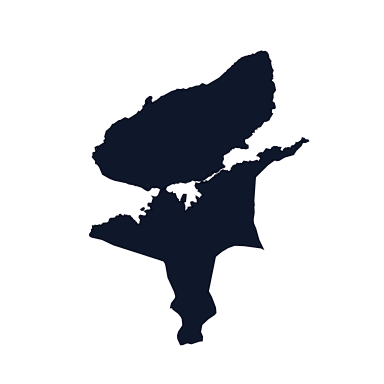 the district of Samosir, Sumatera Utara, Indonesia, rotated 281°
{"feature_id": "22746128B81816662901100", "entity_name": "Samosir", "entity_type": "district", "adm_level": 2, "iso_a3": "IDN", "parent_name": "Indonesia", "parent_adm1": "Sumatera Utara", "projection": "albers", "projection_center": [98.751, 2.555], "detail": "fine", "context": "isolated", "style": "filled", "palette": "ink", "viewbox_px": 384, "rotation_deg": 281, "n_neighbors": 0, "source": "geoboundaries", "source_scale": "gbopen_adm2", "svg_char_len": 6119}
<svg xmlns="http://www.w3.org/2000/svg" viewBox="0 0 384 384"><g transform="rotate(281 192 192)"><path d="M187.3,142.0L186.0,144.7L186.6,145.4L185.6,145.8L184.9,148.4L186.2,150.1L188.6,151.2L189.4,152.8L189.1,154.1L189.9,155.8L189.9,158.3L188.6,161.4L189.7,163.0L190.6,165.5L192.7,165.9L196.9,171.3L196.8,173.0L198.1,174.2L198.1,176.4L198.6,177.2L199.4,177.3L199.8,178.3L199.8,184.2L200.6,184.6L201.5,187.1L202.5,187.5L202.3,188.5L203.4,189.1L204.2,190.5L203.7,193.0L204.5,194.1L204.3,196.6L204.8,198.2L205.6,198.3L206.1,201.1L210.8,205.2L211.7,204.8L211.9,203.9L211.7,204.8L210.8,205.2L211.7,207.3L213.7,208.3L214.3,209.2L215.8,208.7L215.7,211.6L216.3,211.1L216.9,213.3L220.4,215.3L222.7,219.1L223.5,219.1L224.9,216.5L226.6,215.4L230.4,216.4L232.4,215.5L234.4,215.6L236.7,218.7L237.5,219.0L237.8,218.3L237.6,219.7L238.7,220.8L240.6,221.4L241.6,222.4L242.4,221.6L241.6,222.4L243.1,222.8L242.7,224.5L244.3,225.2L244.6,228.8L245.2,229.1L244.3,232.4L245.0,235.2L244.8,236.6L246.0,238.5L248.4,237.9L248.7,236.0L250.0,234.4L252.6,233.3L253.5,233.5L254.9,234.3L255.6,236.3L258.6,238.9L259.9,239.8L260.8,239.0L262.0,239.2L262.8,241.4L263.2,241.0L265.7,241.4L266.4,243.5L267.3,243.2L268.3,243.8L268.9,245.9L270.0,246.9L275.2,249.0L275.9,251.6L277.7,253.8L278.9,253.8L284.1,255.9L284.5,254.7L287.9,254.0L289.5,255.0L289.9,257.1L291.0,257.4L294.7,255.7L296.1,252.9L300.3,253.4L303.9,252.5L307.9,254.3L313.5,252.0L314.9,250.9L316.1,248.3L317.6,248.5L318.9,249.4L319.5,248.6L321.1,249.1L323.9,247.7L326.9,248.3L327.9,247.0L331.3,245.2L334.4,244.1L335.3,244.4L338.0,241.7L341.3,240.5L343.1,238.9L343.8,237.1L342.9,234.4L343.5,233.5L341.4,229.7L338.7,227.3L338.7,225.1L337.5,224.6L336.4,221.2L335.7,220.7L335.3,219.0L332.7,214.8L331.7,214.6L330.7,213.0L327.4,210.9L326.6,209.6L324.2,208.8L323.7,207.7L321.0,206.3L318.1,203.6L316.0,203.0L315.5,202.0L309.0,197.3L299.7,186.8L299.4,184.8L299.4,185.4L299.4,184.8L300.1,182.2L300.1,181.5L297.3,179.1L296.5,176.0L293.6,171.0L293.9,170.3L291.3,167.3L291.1,164.5L291.5,164.1L290.2,161.6L289.8,157.8L288.9,157.4L286.4,152.8L280.5,145.8L279.7,143.7L278.6,143.2L274.0,139.3L274.1,138.6L273.0,138.2L272.6,137.1L271.1,136.3L271.5,135.5L272.8,135.0L273.0,134.1L274.0,134.1L274.0,133.6L276.5,134.6L277.5,134.1L277.7,133.0L277.2,132.0L275.5,130.9L275.4,130.3L272.7,129.1L271.3,129.4L272.0,131.0L271.0,131.4L269.9,130.9L270.0,129.8L266.7,128.3L266.7,127.7L265.0,128.4L260.2,125.8L260.8,124.4L257.9,123.0L251.3,115.9L251.9,112.2L248.5,108.4L248.0,106.8L243.1,102.1L243.1,101.3L239.4,99.9L235.2,96.5L229.7,96.0L227.4,97.5L225.9,96.0L224.6,96.4L224.4,97.2L223.3,97.2L222.7,95.8L217.9,90.7L217.0,91.1L212.7,89.9L211.4,87.5L208.9,88.1L207.4,87.7L204.2,91.7L201.9,92.0L201.4,93.9L199.3,96.4L192.5,101.0L189.9,108.8L189.0,113.8L188.8,125.6L188.1,128.5L188.2,134.3L187.6,135.0L188.0,135.9L187.3,142.0ZM74.5,193.2L74.8,195.0L73.4,195.9L70.6,201.8L67.5,205.5L65.4,206.9L59.3,208.7L52.1,205.7L48.2,205.4L45.3,206.3L40.2,209.9L40.5,211.7L43.3,216.0L43.1,220.2L47.2,227.6L48.0,230.2L52.0,229.7L56.1,226.8L63.7,226.8L70.6,231.8L76.0,237.2L78.0,238.3L82.9,236.9L92.3,231.1L96.9,227.3L96.8,226.8L133.2,227.1L139.5,232.3L144.5,237.9L148.1,244.0L149.5,253.5L150.5,270.5L150.0,272.3L157.6,266.6L168.0,261.4L172.9,258.1L176.9,257.0L183.8,256.7L189.7,255.2L190.6,255.5L195.4,254.1L218.8,251.2L233.2,261.0L239.1,266.5L239.5,268.5L239.1,269.2L240.0,271.5L244.1,276.1L248.3,284.4L252.5,286.0L258.6,290.2L261.1,290.7L262.1,291.5L262.4,293.7L264.3,296.5L265.0,295.9L264.7,293.2L265.8,291.9L266.0,290.1L264.6,290.1L262.1,288.6L260.3,286.2L260.2,284.9L259.3,285.0L256.7,283.4L256.4,281.7L255.6,281.1L253.8,280.9L253.7,277.7L252.9,276.9L252.9,275.4L251.2,274.1L249.2,273.8L248.9,272.1L249.4,270.7L250.1,270.0L252.5,270.5L252.1,267.8L252.6,266.6L251.9,263.5L250.2,261.9L248.8,261.8L248.2,260.3L248.5,256.7L244.5,254.9L243.4,253.8L243.7,252.4L242.7,250.6L240.2,249.2L240.0,251.7L239.2,252.1L238.9,253.4L234.1,252.0L235.3,249.7L232.9,245.7L233.3,243.0L232.0,242.5L231.9,237.1L229.3,235.8L229.1,233.9L228.6,233.8L228.6,230.9L226.6,230.2L226.5,229.0L225.3,227.4L223.1,226.8L223.0,226.3L220.7,226.4L218.8,224.7L218.5,224.1L219.4,222.8L218.7,222.6L219.3,221.2L219.0,220.1L219.4,218.1L217.9,216.4L215.2,215.4L215.1,214.2L213.9,214.1L212.8,211.5L211.2,211.1L209.9,211.9L210.8,210.7L210.5,210.2L204.9,205.7L205.6,203.8L204.1,203.4L204.0,202.6L202.9,201.8L202.7,201.0L204.0,200.9L204.3,199.8L201.8,198.3L201.2,196.7L201.5,194.3L198.8,194.0L197.2,195.2L196.4,195.9L196.1,198.0L195.2,198.4L194.2,198.0L193.3,200.7L192.1,201.8L191.6,203.1L190.4,203.3L189.4,201.9L187.3,201.6L186.9,200.8L188.4,197.1L187.1,197.3L186.2,198.5L182.1,199.7L181.6,196.8L182.4,194.1L181.6,192.9L179.6,193.7L178.8,194.6L178.6,195.1L178.1,195.7L178.0,195.8L177.8,195.9L176.1,191.3L174.9,191.5L171.2,189.2L172.5,188.1L176.8,187.5L180.5,185.3L181.5,187.2L188.2,186.6L188.0,184.4L186.5,183.7L182.0,182.8L182.1,184.0L180.5,184.3L179.8,180.9L180.8,180.0L181.9,179.9L182.9,178.1L187.0,175.7L186.5,173.8L186.7,173.1L187.8,172.6L187.2,172.2L186.5,169.9L186.8,168.6L188.5,165.8L190.3,165.0L189.2,162.7L187.3,160.8L182.5,159.9L180.6,158.8L179.6,156.5L179.9,154.4L178.9,155.4L173.0,154.9L172.5,151.5L172.0,151.3L170.2,151.7L170.1,154.5L168.5,154.5L167.7,155.8L166.2,154.4L165.5,151.4L164.1,149.5L162.4,152.2L159.9,151.5L159.0,149.8L159.2,145.9L158.6,145.1L157.3,145.0L154.6,147.5L153.8,146.9L150.6,147.0L149.9,145.9L150.1,143.7L151.4,143.1L152.1,141.3L152.8,141.2L153.3,139.7L155.1,137.7L154.2,137.2L154.9,136.4L156.3,136.2L156.7,135.4L156.0,133.0L156.6,132.4L156.1,131.7L156.5,130.3L155.0,129.7L155.2,127.8L156.2,125.9L155.8,125.2L154.1,125.0L153.9,122.7L151.3,121.2L150.6,117.7L149.7,116.6L146.3,116.1L145.1,114.6L144.3,111.0L141.6,109.1L141.9,107.3L140.7,105.7L140.7,103.3L139.9,102.9L139.7,101.0L136.7,101.8L135.9,100.7L134.4,101.3L131.3,99.8L129.7,100.0L128.8,102.0L128.5,112.8L125.4,124.9L119.1,177.4L117.4,179.2L115.4,180.4L103.5,185.0L90.8,194.1L86.6,196.2L84.5,196.2L78.8,193.4L74.5,193.2ZM167.1,147.2L165.1,145.3L164.6,146.0L165.1,147.7L166.9,148.1L167.1,147.2ZM217.2,88.6L215.9,89.1L218.0,89.6L217.2,88.6Z" fill="#0f172a" stroke="#020617" stroke-width="1.5"/></g></svg>